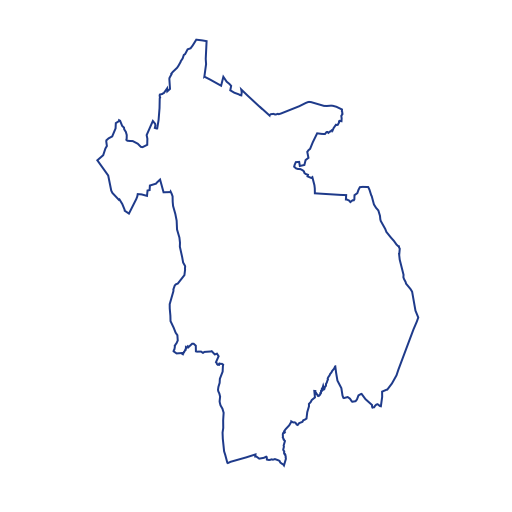 outline of Kurmāles pag., Kuldigas, Latvia, rotated 276°
{"feature_id": "27541924B2673216189448", "entity_name": "Kurmāles pag.", "entity_type": "district", "adm_level": 2, "iso_a3": "LVA", "parent_name": "Latvia", "parent_adm1": "Kuldigas", "projection": "equal_earth", "projection_center": [21.84, 56.915], "detail": "fine", "context": "isolated", "style": "outline", "palette": "blue", "viewbox_px": 512, "rotation_deg": 276, "n_neighbors": 0, "source": "geoboundaries", "source_scale": "gbopen_adm2", "svg_char_len": 6066}
<svg xmlns="http://www.w3.org/2000/svg" viewBox="0 0 512 512"><g transform="rotate(276 256 256)"><path d="M236.8,415.0L239.3,413.1L244.2,408.1L245.6,407.6L248.6,405.6L250.3,404.8L252.7,404.7L267.4,399.3L272.9,398.1L272.9,398.3L278.3,398.2L279.6,397.3L280.6,397.1L280.7,396.3L282.1,394.5L285.3,391.7L288.4,388.3L293.5,383.2L296.4,381.7L303.9,376.4L305.5,375.8L308.9,375.1L314.1,372.9L316.5,370.3L319.6,367.9L327.7,364.8L328.3,364.3L333.8,361.9L336.3,360.4L335.9,354.9L335.3,352.1L332.5,351.0L329.1,350.2L326.8,347.6L322.6,347.9L321.6,347.4L321.5,346.2L319.5,344.2L320.8,342.9L321.6,340.7L321.6,339.5L326.0,339.3L325.6,333.8L324.5,308.0L329.4,307.4L332.5,306.7L340.3,303.8L339.4,302.8L340.6,298.9L342.2,299.2L342.8,296.7L343.8,295.3L345.1,294.9L346.1,293.5L347.1,291.0L346.9,288.7L347.3,286.7L348.8,284.6L350.7,284.9L353.5,285.8L354.1,289.1L350.1,290.2L351.6,294.6L356.6,295.3L359.1,297.9L364.9,296.1L366.8,297.2L368.2,298.6L375.1,300.6L384.4,304.0L384.3,308.8L384.5,311.8L386.6,313.2L386.8,314.1L386.0,315.1L387.4,316.4L387.7,317.3L388.0,317.3L388.5,317.9L388.9,318.1L388.8,318.4L389.3,319.0L389.1,319.1L391.3,319.8L394.9,321.8L394.7,322.7L395.0,323.6L397.7,324.7L398.4,324.5L399.0,324.7L399.2,325.0L399.0,326.9L401.8,326.8L404.3,326.2L406.3,327.2L406.9,326.8L408.1,326.8L408.8,326.3L410.7,326.2L412.8,320.4L413.4,316.8L413.4,315.0L412.6,310.8L412.4,307.9L414.8,294.7L414.8,292.6L414.4,291.4L413.4,289.5L409.5,283.4L400.3,265.9L399.5,264.0L399.4,263.6L399.7,262.9L398.8,260.9L398.8,259.6L399.2,258.8L398.6,256.0L397.5,254.7L397.2,254.7L403.9,245.5L403.7,245.5L414.4,231.2L420.1,223.9L417.4,224.7L414.2,224.6L414.4,223.2L415.0,221.9L416.1,217.4L418.1,213.1L422.6,213.5L424.4,211.5L426.3,208.6L430.8,204.8L421.7,203.5L426.7,191.8L428.9,186.1L429.1,186.0L429.0,185.9L441.6,186.3L446.8,185.4L464.5,184.4L464.8,180.0L464.9,174.0L458.7,171.0L455.7,169.2L454.4,166.4L449.4,164.4L448.4,163.2L444.8,162.4L441.8,160.8L441.3,160.8L437.3,159.1L435.0,157.9L430.4,154.0L428.4,152.7L428.0,153.0L424.2,151.4L423.1,151.3L413.2,153.0L410.5,150.6L413.4,150.1L408.4,147.3L408.0,146.5L407.4,146.0L406.5,143.5L405.2,143.4L403.5,144.1L403.2,143.8L402.5,143.8L393.0,144.6L381.0,144.9L372.5,144.4L372.4,143.8L372.8,142.0L375.2,142.3L376.9,141.9L379.5,139.3L364.8,134.6L361.3,135.7L355.2,136.2L352.4,131.8L352.4,131.0L352.5,130.1L355.3,126.7L357.4,121.4L357.2,118.4L357.2,116.0L358.0,114.9L359.4,115.1L362.8,114.8L365.8,113.6L368.2,111.7L369.9,111.3L371.4,109.3L376.3,106.7L376.7,105.7L375.9,105.7L373.5,102.7L368.2,103.0L359.9,100.5L357.6,97.1L355.4,95.1L354.3,95.1L349.8,96.2L347.2,95.0L340.3,93.5L334.6,88.2L320.6,100.6L305.9,105.2L303.7,106.6L297.5,113.8L298.0,114.3L293.7,117.6L288.3,120.5L287.3,120.7L284.9,125.2L300.2,131.0L302.8,131.7L305.2,131.9L305.3,135.8L304.4,141.3L309.8,141.3L310.4,143.3L315.0,143.1L317.5,149.0L318.6,149.7L322.0,152.6L309.7,157.4L310.6,164.1L311.2,164.3L309.1,165.6L306.6,166.8L301.1,167.5L297.1,168.3L289.3,171.4L282.8,173.4L274.1,174.7L266.3,177.9L261.3,179.0L257.3,179.3L247.1,182.7L241.9,184.2L238.8,186.4L237.9,186.7L236.7,186.6L234.8,186.9L229.5,186.8L220.4,181.1L219.5,179.3L218.2,178.3L214.1,177.3L213.7,177.5L212.2,177.5L199.1,175.2L194.8,175.7L187.6,177.1L182.3,177.8L176.1,181.6L171.3,184.1L169.0,186.1L163.8,187.0L160.8,186.0L159.4,185.1L158.5,184.9L158.3,184.6L157.0,184.8L154.6,184.6L153.6,184.1L152.6,184.0L150.8,187.2L151.8,192.7L150.9,192.9L150.7,193.4L151.2,193.4L151.3,193.8L151.8,193.8L152.6,194.4L153.1,194.4L153.3,194.7L154.7,195.3L155.0,195.7L155.7,195.5L156.2,196.0L157.4,195.9L157.1,196.2L157.2,196.4L158.0,196.5L158.1,196.8L158.8,197.2L159.1,197.5L158.1,198.2L162.1,201.7L162.2,203.2L160.5,205.5L154.9,206.2L154.7,207.3L155.2,211.3L154.1,213.4L155.2,214.7L156.4,221.4L156.7,221.9L153.8,225.3L154.8,227.4L152.4,229.3L146.2,227.3L145.7,227.9L144.6,228.4L143.8,229.3L143.9,230.6L145.1,230.6L145.3,230.9L145.0,232.3L145.2,233.4L144.5,234.7L143.0,234.6L137.5,234.9L130.1,232.9L126.0,233.1L121.9,232.3L118.9,232.2L117.4,232.7L115.4,233.9L112.4,235.0L107.6,235.0L106.2,235.4L103.8,236.3L100.6,238.6L96.7,240.2L89.3,240.5L81.5,241.4L76.9,241.2L70.7,242.1L58.4,244.7L55.0,246.2L47.4,249.1L47.1,249.6L48.7,252.3L54.7,267.3L58.6,276.2L56.5,276.2L56.6,277.3L54.8,280.4L56.1,284.9L57.5,287.1L57.1,287.7L54.7,288.1L54.5,289.7L54.6,291.0L55.4,292.8L55.2,293.8L55.4,294.7L56.0,296.0L55.3,299.0L54.7,300.8L53.2,301.7L52.2,303.3L51.6,304.8L50.6,305.7L57.2,306.9L58.3,306.8L58.8,306.5L60.0,306.5L60.9,305.9L61.3,306.0L61.8,305.7L61.6,305.4L62.4,304.7L62.7,304.8L63.3,304.5L64.7,304.5L65.6,303.6L66.3,303.3L69.2,303.7L70.4,303.3L74.9,304.1L75.1,304.1L75.9,303.1L76.3,303.0L76.4,302.7L76.7,302.7L76.9,302.4L77.7,302.1L78.3,301.6L78.9,301.7L81.4,301.3L82.5,301.4L83.0,301.7L83.2,302.1L83.1,302.7L83.4,303.0L83.8,303.2L84.6,302.3L85.0,302.5L86.9,303.6L91.0,306.7L94.7,308.4L95.2,308.4L94.5,310.0L94.4,311.0L94.6,311.8L94.3,312.7L92.6,314.1L92.3,315.1L94.3,316.4L95.9,319.5L97.6,320.2L98.3,321.6L99.6,323.2L106.1,323.3L112.1,324.4L114.4,324.1L116.5,325.7L118.6,326.5L121.5,329.4L127.9,328.1L127.9,329.1L127.1,329.1L126.7,329.6L126.2,329.8L126.1,330.1L124.9,330.7L124.9,331.1L124.4,331.6L123.5,332.0L123.7,332.5L123.4,332.7L123.3,333.0L124.9,334.3L126.4,334.3L126.5,334.6L126.2,334.8L126.5,335.0L128.5,334.8L128.6,335.5L128.8,335.7L130.2,335.3L131.1,335.4L131.5,335.8L132.2,336.1L133.9,336.4L132.9,336.8L131.2,336.5L130.0,336.8L130.5,337.7L130.8,337.9L132.8,338.2L134.2,339.1L136.2,339.0L137.4,339.6L139.9,340.1L140.6,340.5L141.6,340.1L142.9,340.5L145.1,341.7L146.3,342.0L148.1,343.2L149.7,343.8L152.2,345.5L154.4,346.2L154.5,346.4L148.5,347.8L140.6,350.0L133.5,354.7L126.3,356.6L124.1,357.7L123.9,358.3L125.3,361.9L124.0,364.3L121.4,366.5L121.1,367.0L122.0,370.2L123.9,371.4L128.1,372.5L129.7,374.8L129.9,375.4L125.1,379.8L119.9,387.0L118.2,387.2L117.4,387.7L117.8,388.6L117.9,389.3L119.5,390.1L120.7,391.1L121.3,392.2L121.1,392.8L119.7,395.0L119.6,395.9L129.1,396.2L134.3,395.6L136.7,399.9L136.8,400.5L143.4,404.5L152.0,408.2L157.9,409.5L199.5,420.3L207.6,422.8L211.8,423.8L218.3,420.3L236.8,415.0Z" fill="none" stroke="#1e3a8a" stroke-width="2"/></g></svg>